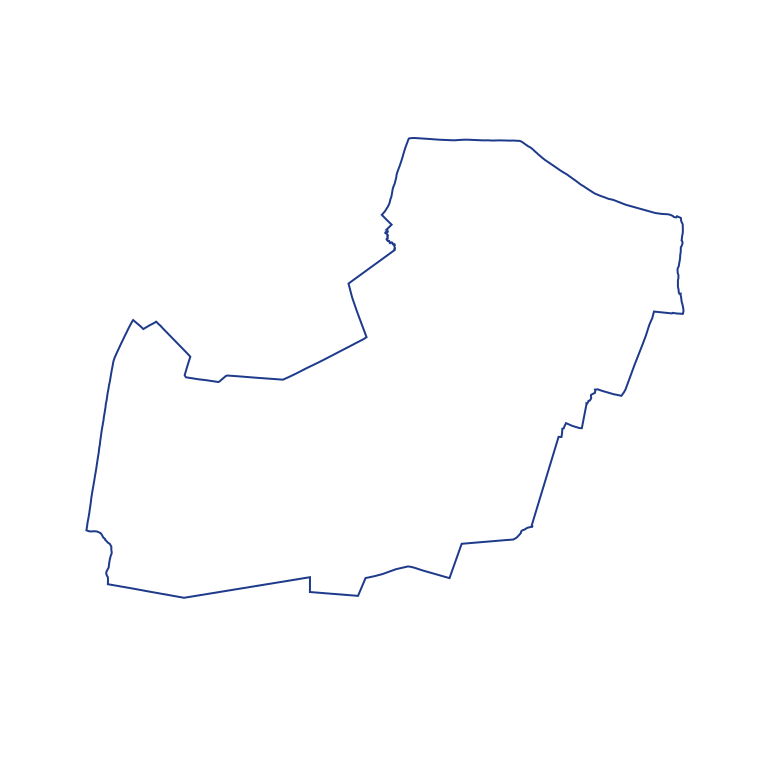 outline of Certesti, Vaslui, Romania, rotated 17°
{"feature_id": "2599482B13375142181874", "entity_name": "Certesti", "entity_type": "district", "adm_level": 2, "iso_a3": "ROU", "parent_name": "Romania", "parent_adm1": "Vaslui", "projection": "orthographic", "projection_center": [27.606, 46.012], "detail": "fine", "context": "isolated", "style": "outline", "palette": "blue", "viewbox_px": 768, "rotation_deg": 17, "n_neighbors": 0, "source": "geoboundaries", "source_scale": "gbopen_adm2", "svg_char_len": 6093}
<svg xmlns="http://www.w3.org/2000/svg" viewBox="0 0 768 768"><g transform="rotate(17 384 384)"><path d="M147.9,391.0L147.2,391.9L146.6,392.5L145.3,393.9L142.6,396.5L137.8,401.8L135.0,400.4L133.6,399.7L125.4,396.2L125.0,397.5L124.7,398.8L124.0,402.4L123.6,404.4L123.4,405.5L123.2,406.8L122.9,408.8L122.6,410.7L122.5,411.3L122.1,413.6L121.9,414.8L121.4,418.1L121.2,419.6L120.9,421.3L119.2,433.5L119.1,434.2L118.9,436.3L118.7,436.9L118.7,438.4L118.6,440.9L118.8,443.2L119.1,445.4L119.2,446.4L119.4,448.4L119.9,452.9L121.0,461.0L121.5,466.3L121.9,469.1L122.4,473.7L123.5,480.7L123.8,484.4L124.2,486.2L124.5,487.8L124.8,490.3L125.3,493.6L125.5,495.5L125.8,497.8L126.4,500.7L126.6,503.4L126.9,504.8L127.1,506.6L127.2,507.9L127.6,510.6L127.8,512.2L128.5,516.3L128.8,518.3L129.5,522.8L130.0,525.0L130.3,528.0L130.6,529.8L131.0,531.6L131.4,534.3L132.0,538.7L132.2,540.1L132.4,541.2L132.8,544.2L133.1,546.1L133.4,547.8L133.9,551.8L134.1,552.9L134.3,555.1L134.6,557.1L134.7,558.0L134.9,559.4L135.2,561.3L135.3,562.3L135.4,563.2L135.6,564.5L135.9,567.1L136.5,571.9L136.8,574.1L137.1,576.1L137.5,579.1L138.1,582.1L139.1,588.7L139.4,590.7L139.9,593.5L140.0,594.7L140.3,596.7L140.6,599.3L141.1,603.8L141.6,606.6L142.2,610.9L143.3,610.9L144.2,611.1L145.5,611.0L147.0,610.6L149.8,609.6L150.6,609.4L151.2,609.2L152.4,609.0L154.3,609.1L155.7,609.4L156.5,609.4L157.2,609.9L158.5,610.9L159.3,611.8L160.8,613.1L162.4,613.6L163.1,614.7L163.8,614.9L165.7,616.1L167.0,616.7L168.3,616.9L169.1,617.6L169.8,618.3L170.6,619.0L171.1,620.1L171.6,622.1L172.3,623.4L172.8,624.6L173.0,625.3L173.1,626.3L172.9,627.6L172.9,628.7L173.0,630.0L173.0,631.2L173.2,632.8L173.5,635.3L174.3,639.7L174.3,640.4L173.9,642.2L173.6,643.5L173.5,645.5L173.7,646.3L175.0,648.3L175.9,648.9L176.4,649.6L177.0,651.0L178.5,656.2L204.9,652.9L219.8,651.2L255.3,646.9L369.7,590.4L374.0,604.6L421.1,594.2L423.1,574.9L425.1,573.9L431.0,570.6L438.0,566.3L449.6,557.6L460.2,551.5L462.2,551.1L466.1,550.8L475.5,551.0L503.4,550.5L505.0,514.1L546.5,497.5L553.0,495.0L555.6,492.4L556.8,490.1L558.4,486.7L558.3,485.0L558.6,484.0L559.4,483.3L561.3,481.8L563.0,479.7L565.5,478.2L566.8,477.5L567.4,477.3L567.5,476.6L566.6,475.9L566.4,383.5L569.2,382.8L568.7,379.1L567.6,374.6L568.8,374.0L568.9,372.0L569.5,368.2L576.2,369.0L583.9,369.0L586.1,368.4L583.6,344.7L583.3,343.5L583.9,343.7L584.4,342.0L584.5,340.3L585.5,339.9L585.9,338.8L586.3,337.3L586.1,336.3L585.4,335.1L585.2,333.8L587.4,331.6L588.3,330.9L588.0,328.6L587.4,327.7L590.0,326.6L594.8,326.8L600.7,326.7L607.8,326.6L608.2,326.4L614.5,325.9L616.0,321.3L616.5,319.0L617.0,310.7L617.2,307.0L618.0,292.3L619.7,270.5L620.3,260.8L620.4,250.5L620.8,246.3L621.1,243.9L621.3,242.8L621.0,235.8L638.8,232.3L639.2,231.6L643.7,230.9L646.8,230.1L649.2,229.6L649.4,229.3L649.2,228.5L649.1,226.7L648.1,224.3L646.9,222.0L645.7,219.9L645.2,219.2L644.6,218.3L643.7,216.3L642.5,213.6L642.0,212.8L641.4,211.9L641.4,211.1L641.3,210.8L641.1,210.9L640.0,211.3L639.2,210.3L637.9,207.3L636.6,204.9L635.7,202.0L634.7,198.7L634.7,197.9L634.6,196.8L633.8,194.0L633.0,192.8L632.6,192.2L632.2,191.4L631.5,189.5L631.2,188.5L631.1,187.2L631.3,186.1L631.4,185.5L631.4,184.7L631.2,184.0L630.7,179.2L630.3,176.9L629.5,173.8L629.3,171.7L628.9,170.2L628.6,168.8L628.1,167.3L627.9,166.3L628.3,165.1L628.3,164.6L628.4,162.4L628.1,161.4L627.6,160.5L627.2,160.0L626.9,160.0L626.6,159.8L626.4,158.1L626.2,157.1L625.9,156.0L625.6,152.5L625.0,150.0L623.7,146.1L623.2,144.7L623.0,144.0L620.7,141.5L619.3,138.4L615.2,137.9L614.9,139.1L613.3,139.5L612.1,139.5L611.5,139.0L608.8,138.5L605.7,138.7L600.0,140.1L593.9,141.1L592.4,141.2L562.8,141.9L549.3,140.9L544.7,141.3L540.4,141.0L535.9,140.8L530.6,140.3L528.9,140.0L520.2,137.5L517.3,136.6L515.7,136.2L514.0,135.8L507.2,133.3L504.9,132.6L502.7,131.8L500.4,131.1L498.6,130.4L497.6,130.1L496.0,129.7L494.7,129.4L492.6,128.9L488.8,127.8L487.1,127.2L472.8,122.8L471.5,122.3L468.5,121.1L466.3,120.1L464.7,119.5L462.6,118.4L460.9,117.7L457.5,116.0L454.9,115.0L453.3,114.7L451.6,114.3L445.1,112.1L442.9,111.8L436.1,113.5L433.1,114.5L425.1,116.7L424.4,117.0L423.6,117.1L416.8,119.4L412.5,120.5L408.0,121.9L391.5,126.2L388.0,127.4L385.2,128.4L381.1,130.0L378.6,130.8L373.6,132.1L364.7,134.4L355.8,136.4L341.3,139.8L338.7,140.7L337.0,141.4L336.0,142.0L335.8,143.4L335.7,145.7L335.6,147.1L335.3,152.1L335.3,153.9L335.3,157.1L335.4,161.4L335.4,164.2L335.3,168.5L335.2,171.2L334.9,175.8L334.8,178.7L334.8,179.6L335.0,181.0L335.3,182.6L335.4,184.3L335.5,186.3L335.6,188.7L335.6,189.9L335.4,191.6L335.3,193.1L335.3,194.7L336.1,201.0L336.3,203.1L336.3,203.8L336.1,205.1L336.2,206.8L336.4,209.0L336.3,210.0L336.2,211.2L335.7,214.0L335.4,214.8L334.5,218.3L333.5,220.7L332.4,222.9L339.5,226.7L344.7,229.4L341.3,235.6L341.9,235.5L342.1,235.6L343.0,237.1L343.1,237.3L343.0,237.6L342.9,237.8L342.5,237.6L342.5,237.9L342.4,238.1L342.2,238.2L341.7,237.8L341.4,238.0L341.2,238.4L341.1,238.5L341.0,238.9L341.1,239.2L341.4,239.3L342.0,239.4L342.7,239.6L343.2,239.9L343.5,240.1L343.9,240.3L344.3,240.7L344.4,241.1L344.3,241.4L344.1,241.6L343.9,241.7L343.9,241.8L344.6,242.6L344.7,243.1L344.9,243.3L344.3,244.0L344.1,244.5L344.1,244.8L344.2,245.0L344.5,245.2L344.6,244.9L344.8,244.9L345.0,245.4L345.7,246.0L345.8,246.1L346.0,246.1L346.3,245.8L346.4,245.7L347.0,245.6L347.4,245.9L347.9,247.0L348.2,247.4L348.4,247.5L348.7,247.6L348.9,247.5L349.0,247.0L349.2,246.7L349.9,246.3L350.0,246.3L350.8,246.5L351.1,247.2L351.3,247.5L351.6,247.7L351.9,247.9L352.3,247.7L352.5,247.5L352.7,247.3L353.1,247.2L353.4,247.4L353.5,247.6L353.7,247.9L353.6,248.0L353.3,248.4L353.5,249.1L353.7,249.5L354.5,250.4L354.8,251.1L354.7,251.5L354.4,251.7L354.4,252.1L354.7,252.3L355.1,252.6L354.9,252.9L320.7,298.3L323.7,303.2L328.2,310.5L335.5,320.6L341.1,328.0L353.6,344.3L351.5,346.9L332.0,366.0L325.0,372.9L315.3,382.3L304.9,391.9L296.9,399.7L290.8,405.3L286.1,409.4L260.7,415.2L241.7,419.4L231.7,421.7L230.4,422.6L225.9,429.7L225.1,430.5L211.3,432.6L206.1,433.6L194.7,435.2L192.6,435.5L190.8,433.9L190.7,424.3L190.8,414.5L185.0,411.2L156.5,395.6L153.1,393.6L151.1,392.7L149.2,391.7L147.9,391.0Z" fill="none" stroke="#1e3a8a" stroke-width="2"/></g></svg>